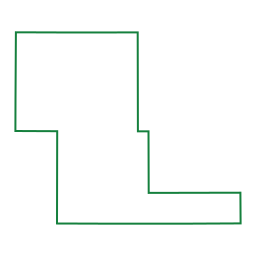 Renville, North Dakota, United States of America
{"feature_id": "52423323B29134210824643", "entity_name": "Renville", "entity_type": "district", "adm_level": 2, "iso_a3": "USA", "parent_name": "United States of America", "parent_adm1": "North Dakota", "projection": "orthographic", "projection_center": [-101.622, 48.729], "detail": "fine", "context": "isolated", "style": "outline", "palette": "green", "viewbox_px": 256, "rotation_deg": 0, "n_neighbors": 0, "source": "geoboundaries", "source_scale": "gbopen_adm2", "svg_char_len": 297}
<svg xmlns="http://www.w3.org/2000/svg" viewBox="0 0 256 256"><path d="M15.5,100.3L15.4,131.0L57.2,131.2L57.0,223.5L118.1,223.7L179.4,223.7L240.6,223.4L240.4,192.7L148.7,192.9L148.5,131.3L137.9,131.3L137.7,32.4L76.6,32.5L15.9,32.3L15.5,100.3Z" fill="none" stroke="#15803d" stroke-width="2"/></svg>